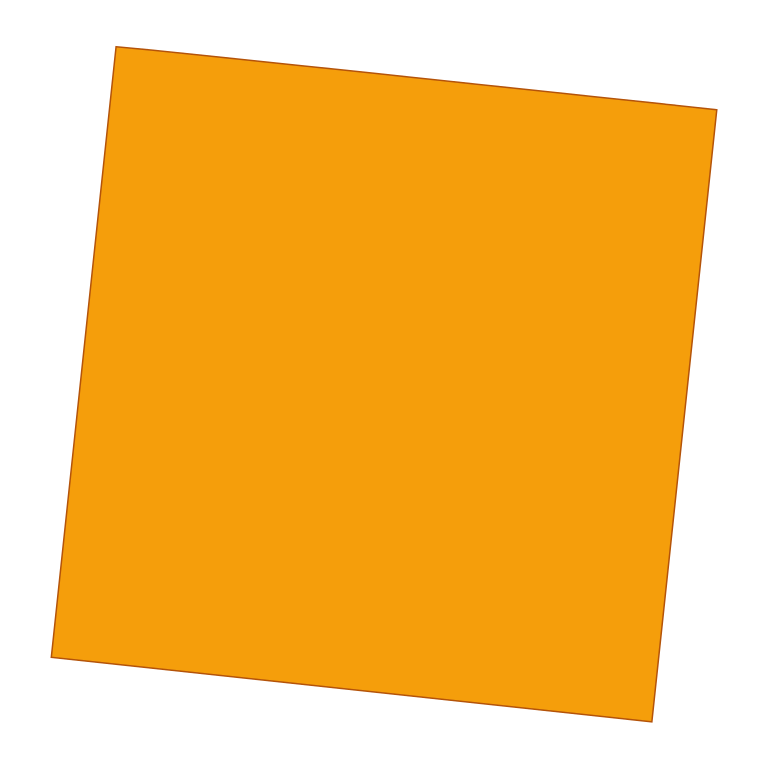 Ochiltree, Texas, United States of America (Mercator projection), rotated 6°
{"feature_id": "52423323B38476522601311", "entity_name": "Ochiltree", "entity_type": "district", "adm_level": 2, "iso_a3": "USA", "parent_name": "United States of America", "parent_adm1": "Texas", "projection": "mercator", "projection_center": [-100.781, 36.278], "detail": "fine", "context": "isolated", "style": "filled", "palette": "amber", "viewbox_px": 768, "rotation_deg": 6, "n_neighbors": 0, "source": "geoboundaries", "source_scale": "gbopen_adm2", "svg_char_len": 466}
<svg xmlns="http://www.w3.org/2000/svg" viewBox="0 0 768 768"><g transform="rotate(6 384 384)"><path d="M81.7,690.6L685.7,692.0L686.3,76.5L650.5,76.4L644.6,76.4L644.4,76.3L634.3,76.4L634.2,76.3L571.8,76.3L561.2,76.3L504.2,76.2L486.6,76.2L444.6,76.2L398.6,76.1L394.9,76.1L374.7,76.1L344.9,76.0L335.0,76.0L307.6,76.0L269.0,76.1L249.4,76.1L229.1,76.1L203.4,76.1L126.9,76.2L119.0,76.2L82.3,76.6L81.7,690.6Z" fill="#f59e0b" stroke="#b45309" stroke-width="1.5"/></g></svg>